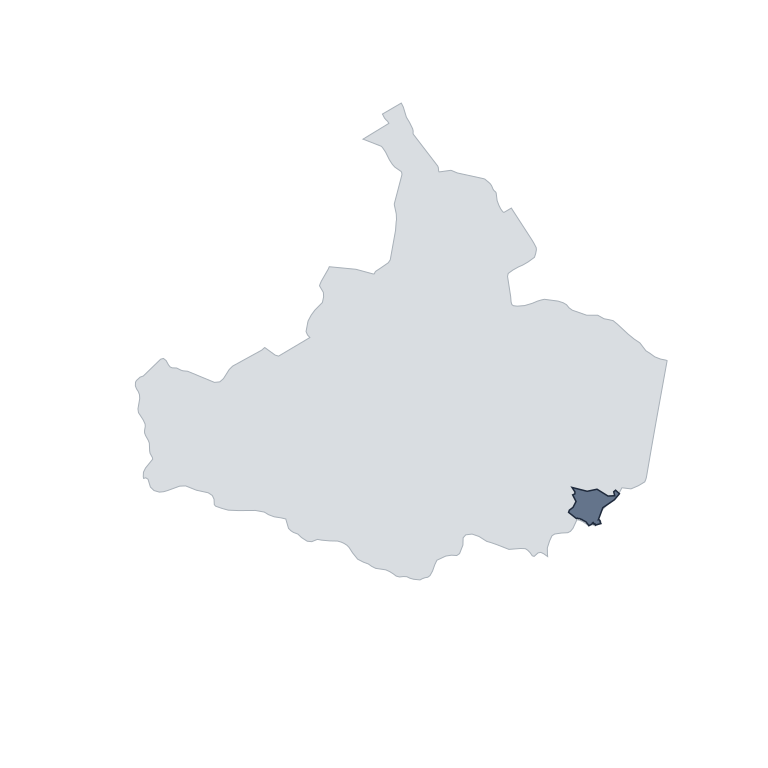 location of Magwi, Eastern Equatoria, South Sudan, rotated 329°
{"feature_id": "79223893B80026525075144", "entity_name": "Magwi", "entity_type": "district", "adm_level": 2, "iso_a3": "SSD", "parent_name": "South Sudan", "parent_adm1": "Eastern Equatoria", "projection": "natural_earth1", "projection_center": [32.092, 3.938], "detail": "fine", "context": "in_parent", "style": "filled", "palette": "slate", "viewbox_px": 768, "rotation_deg": 329, "n_neighbors": 0, "source": "geoboundaries", "source_scale": "gbopen_adm2", "svg_char_len": 5141}
<svg xmlns="http://www.w3.org/2000/svg" viewBox="0 0 768 768"><g transform="rotate(329 384 384)"><path d="M579.5,577.5L560.8,599.2L559.4,600.5L557.1,602.2L549.6,602.2L541.7,601.1L534.5,595.5L527.2,599.9L522.6,601.2L519.8,601.7L513.3,602.5L504.2,604.8L500.0,607.7L497.8,610.0L495.9,614.2L495.0,614.7L493.3,614.2L491.0,612.5L486.1,610.0L483.6,604.6L481.4,601.4L479.5,599.7L471.7,605.0L468.0,606.3L464.9,606.1L459.3,603.1L453.0,600.5L449.8,600.6L445.1,603.8L439.6,608.6L436.8,613.4L435.4,616.2L433.5,611.8L431.7,609.1L429.1,608.1L423.9,609.1L422.6,607.6L422.4,603.9L421.6,600.5L420.3,597.9L416.3,595.3L405.9,590.1L397.9,579.7L393.9,574.9L391.0,571.8L386.9,563.6L382.2,558.0L376.4,555.4L372.6,556.6L368.7,562.7L361.4,568.3L358.0,568.5L353.7,565.5L348.3,563.3L338.6,562.3L334.5,565.0L329.3,569.3L324.8,571.9L322.0,572.2L319.5,571.2L316.5,570.6L314.0,570.5L308.8,566.6L306.1,563.7L304.3,560.9L301.4,559.0L297.9,557.4L295.5,554.9L294.3,551.8L292.3,547.8L289.8,544.2L281.9,537.7L279.5,533.9L277.9,530.2L274.6,526.1L271.2,520.6L270.1,512.6L269.9,506.1L269.2,503.1L267.7,500.1L266.0,497.6L263.3,494.7L256.8,490.6L250.1,485.7L246.9,482.9L240.8,481.9L237.2,479.2L234.2,473.1L232.9,468.3L229.9,464.5L228.6,461.8L227.8,458.6L230.3,449.1L226.8,445.7L221.5,441.3L217.7,436.5L215.4,432.1L208.7,426.2L194.0,417.5L185.5,411.9L180.8,406.9L176.8,402.1L176.4,400.0L179.0,395.2L179.4,391.1L177.3,386.7L168.5,378.4L161.5,369.2L156.2,366.3L143.3,363.8L139.6,362.8L135.8,361.0L132.0,356.9L130.7,352.0L132.7,344.1L131.5,341.7L129.3,341.1L129.9,339.5L132.4,335.7L136.3,333.2L147.0,329.3L147.6,327.8L147.8,322.9L148.7,320.6L152.4,313.8L152.9,311.1L153.1,305.3L153.6,302.6L154.7,300.7L157.6,297.3L158.6,295.3L159.1,290.8L158.8,282.1L160.3,278.6L167.1,270.7L168.9,267.2L169.5,264.0L169.4,260.7L169.9,257.6L171.9,254.5L173.6,253.5L178.5,252.5L181.8,253.2L205.3,247.7L208.1,248.5L209.3,251.7L209.1,256.8L209.5,259.3L210.8,261.1L214.5,263.5L217.1,267.6L218.4,269.1L222.2,271.9L239.5,295.3L244.4,297.6L249.2,296.7L258.7,291.9L263.5,290.7L296.7,292.0L300.4,291.3L300.6,291.4L305.6,303.2L308.0,305.8L344.4,306.0L343.7,302.6L344.2,298.9L350.6,291.7L351.5,290.8L357.2,287.4L362.7,285.1L373.2,282.4L377.1,278.2L379.2,274.3L379.3,266.6L380.7,265.4L383.2,263.6L395.4,256.8L397.5,255.3L419.0,271.2L431.1,283.8L431.9,284.4L432.5,284.6L433.1,284.2L433.7,283.6L435.1,283.1L440.3,282.9L450.1,282.3L453.3,280.8L473.0,258.3L478.0,251.2L479.3,249.7L482.1,244.6L485.1,235.8L485.7,234.8L507.2,213.8L508.0,212.1L508.2,210.8L505.0,203.7L504.3,200.1L504.1,194.6L504.8,186.0L504.5,180.5L504.2,179.1L504.1,178.8L492.1,163.3L522.4,163.1L522.4,161.2L522.4,160.6L521.8,158.7L521.4,156.2L521.5,154.9L521.6,153.6L521.7,152.9L521.6,152.3L521.6,152.0L521.7,151.8L543.5,152.1L543.2,156.5L540.6,166.8L540.6,172.9L540.0,180.0L539.3,182.1L538.2,183.8L537.8,184.6L537.8,185.4L542.3,224.9L542.0,226.5L540.8,229.0L540.5,229.8L540.4,230.4L540.9,230.8L551.0,235.1L551.4,235.4L551.8,235.7L555.5,240.8L575.3,259.5L576.0,260.4L578.0,266.3L578.2,267.2L578.3,268.6L578.3,269.7L577.8,273.2L577.9,274.8L578.3,275.9L578.6,277.1L578.6,277.5L578.4,278.3L575.4,285.1L574.5,290.0L574.2,294.0L574.4,296.4L574.7,297.9L575.0,298.5L575.3,298.7L583.8,298.8L583.8,300.9L585.0,336.5L585.0,340.5L584.7,345.5L583.7,347.5L581.2,350.3L578.2,352.9L570.5,353.6L564.1,353.5L559.5,352.9L553.3,352.7L547.4,353.2L545.3,355.4L537.6,374.3L535.2,379.1L534.5,381.8L535.2,383.5L538.3,385.9L544.9,389.2L552.6,391.2L558.2,392.0L562.1,393.0L565.1,394.0L575.9,402.6L579.4,406.6L581.3,410.1L581.8,413.9L583.4,417.7L593.2,429.5L602.6,435.1L606.2,441.4L609.7,444.5L613.0,447.7L614.8,452.7L618.9,466.9L621.6,474.4L624.5,480.5L625.6,490.4L627.8,494.8L630.1,500.2L633.9,505.1L638.0,508.8L638.7,509.8L598.0,556.2L579.5,577.5Z" fill="#d9dde1" stroke="#a8b0b8" stroke-width="1"/><path d="M479.6,598.4L480.7,598.6L481.4,599.6L482.2,600.0L482.7,600.5L483.0,601.0L483.1,601.6L483.2,601.8L483.6,601.8L483.8,602.0L484.1,602.5L484.1,602.8L484.2,603.0L484.3,603.1L484.5,603.5L484.7,603.9L484.8,604.2L484.9,604.3L485.1,604.4L485.2,604.5L485.5,605.1L485.7,605.6L486.1,606.3L486.3,606.7L486.3,607.4L486.2,607.8L486.3,608.0L486.5,608.8L486.5,609.4L486.6,610.0L486.6,610.6L486.6,610.8L486.6,611.0L490.5,611.1L490.7,610.9L490.8,610.8L490.8,611.0L491.0,611.0L491.1,610.9L491.2,611.0L491.3,611.1L491.5,611.0L491.4,611.3L491.5,611.4L491.7,611.5L491.8,611.7L491.8,611.8L491.9,611.7L492.0,611.6L492.0,611.8L492.1,612.0L492.3,612.1L492.5,612.3L492.5,612.5L492.6,612.4L492.7,612.5L492.5,612.8L492.6,613.0L492.6,613.3L492.8,613.2L492.8,613.3L492.8,613.5L492.9,613.8L492.7,613.8L492.6,614.0L493.3,614.0L498.1,615.4L498.2,615.2L498.1,614.8L498.1,614.6L498.1,614.4L498.1,614.1L498.3,613.9L498.5,613.7L498.4,613.4L498.4,613.2L498.5,612.8L498.7,612.6L498.8,612.5L498.8,612.3L498.7,612.2L498.7,611.8L498.7,611.7L498.5,611.3L498.5,611.1L498.4,610.8L498.2,610.8L497.9,610.7L507.9,602.7L511.7,602.5L521.9,601.9L528.8,599.5L529.3,599.3L527.8,594.3L525.4,594.7L524.2,598.6L518.3,595.4L512.4,583.9L502.9,580.6L491.9,569.5L492.1,574.8L491.0,576.5L488.6,576.2L488.1,583.6L482.5,587.1L477.9,587.6L476.1,589.1L476.3,589.6L479.6,598.4Z" fill="#64748b" stroke="#1e293b" stroke-width="1.5"/></g></svg>